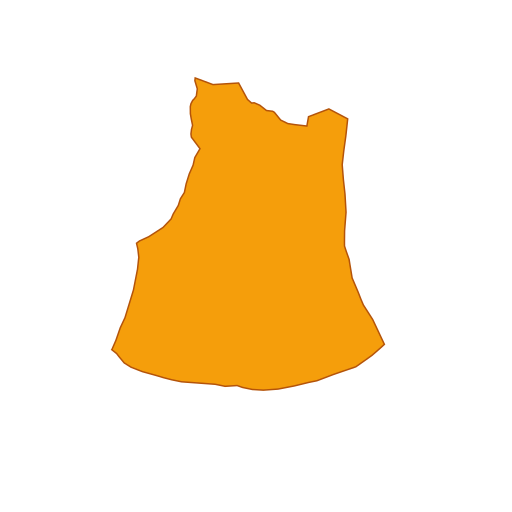 the district of Ukwuani, Delta, Nigeria, rotated 127°
{"feature_id": "59680162B21365932465956", "entity_name": "Ukwuani", "entity_type": "district", "adm_level": 2, "iso_a3": "NGA", "parent_name": "Nigeria", "parent_adm1": "Delta", "projection": "mercator", "projection_center": [6.243, 5.847], "detail": "fine", "context": "isolated", "style": "filled", "palette": "amber", "viewbox_px": 512, "rotation_deg": 127, "n_neighbors": 0, "source": "geoboundaries", "source_scale": "gbopen_adm2", "svg_char_len": 1393}
<svg xmlns="http://www.w3.org/2000/svg" viewBox="0 0 512 512"><g transform="rotate(127 256 256)"><path d="M150.4,411.7L152.8,410.3L157.8,403.5L164.2,399.9L167.7,399.9L169.8,400.2L173.5,399.6L176.2,398.4L181.9,394.0L185.3,390.4L189.8,385.3L190.7,384.9L193.7,383.7L197.7,381.4L198.3,380.8L200.0,379.1L204.0,365.3L214.2,364.1L221.3,360.9L230.6,358.7L240.4,355.2L248.4,351.4L255.8,350.8L262.3,348.5L272.2,347.4L277.5,346.1L289.1,347.4L305.2,353.3L314.1,358.1L317.7,359.1L321.4,354.7L327.8,348.6L328.8,348.1L337.8,342.7L356.9,333.4L384.1,323.5L395.0,321.2L407.7,317.1L417.3,314.8L417.6,314.8L417.8,308.5L418.8,304.9L420.7,296.9L420.0,288.8L416.7,277.1L412.4,266.2L410.1,260.2L409.0,257.1L405.6,248.9L401.3,239.8L383.0,211.4L380.3,205.7L378.7,202.3L370.8,193.1L369.1,187.7L364.8,178.6L358.7,169.4L349.0,158.3L336.7,147.2L325.2,137.8L319.0,132.3L303.9,122.8L284.4,109.6L275.4,106.7L265.6,103.6L255.7,101.5L249.3,100.3L236.5,124.6L230.5,140.8L227.4,146.2L223.5,152.5L215.7,166.0L205.5,176.7L202.7,179.6L198.0,186.7L194.8,191.3L191.7,193.7L182.6,200.4L166.9,210.4L153.0,222.2L142.5,232.1L131.2,242.1L119.0,249.3L106.6,256.2L104.2,257.6L91.3,265.3L94.7,286.3L113.1,297.9L121.6,293.6L127.8,304.2L131.1,310.3L132.6,318.1L130.2,327.8L130.4,329.8L133.5,335.2L133.3,343.7L134.7,349.6L136.5,351.6L136.1,357.0L128.3,374.0L145.0,393.5L150.4,411.7Z" fill="#f59e0b" stroke="#b45309" stroke-width="1.5"/></g></svg>